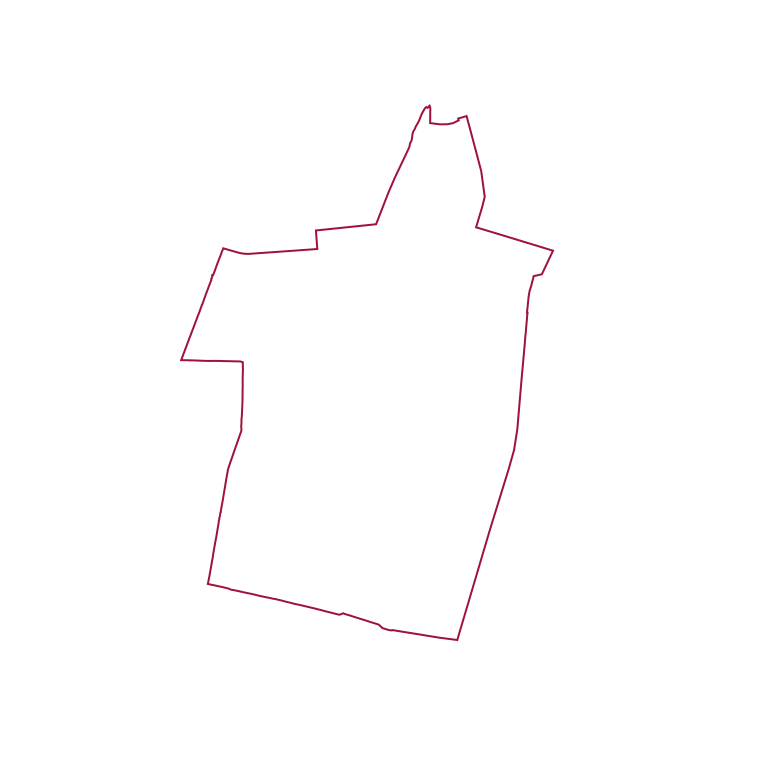 the district of Gostavatu, Olt, Romania, rotated 306°
{"feature_id": "2599482B62335692656317", "entity_name": "Gostavatu", "entity_type": "district", "adm_level": 2, "iso_a3": "ROU", "parent_name": "Romania", "parent_adm1": "Olt", "projection": "orthographic", "projection_center": [24.506, 44.061], "detail": "fine", "context": "isolated", "style": "outline", "palette": "rose", "viewbox_px": 768, "rotation_deg": 306, "n_neighbors": 0, "source": "geoboundaries", "source_scale": "gbopen_adm2", "svg_char_len": 4222}
<svg xmlns="http://www.w3.org/2000/svg" viewBox="0 0 768 768"><g transform="rotate(306 384 384)"><path d="M219.9,593.8L222.7,592.8L224.6,592.1L329.4,555.0L388.1,535.0L390.0,534.3L407.1,528.0L425.1,518.8L426.0,518.3L475.0,488.7L475.9,488.2L500.2,473.7L501.2,473.0L502.7,472.1L504.0,471.3L505.4,470.5L506.5,469.8L507.2,469.5L524.4,459.1L526.1,458.2L525.8,457.7L528.7,456.0L530.2,455.2L531.9,454.2L532.9,453.6L534.2,452.8L534.9,452.4L536.0,451.8L537.7,450.8L538.4,450.4L539.3,449.9L540.0,449.5L541.0,449.0L542.1,448.4L543.2,447.9L544.1,447.5L545.0,447.0L546.0,446.8L547.3,446.3L548.6,445.9L550.0,445.4L550.8,445.1L552.1,444.5L553.5,444.0L555.0,443.4L555.9,443.1L557.0,442.7L558.1,442.2L558.4,442.0L559.3,441.7L561.7,443.9L564.4,446.2L565.6,447.2L578.4,444.8L591.2,442.4L588.4,434.3L567.7,374.4L564.9,366.4L584.9,359.4L594.6,355.5L613.3,337.6L630.6,316.4L643.1,301.0L649.3,293.3L642.3,288.0L641.2,289.5L635.6,286.5L631.3,282.5L627.0,276.7L622.2,268.0L631.3,261.5L634.6,259.2L635.9,257.3L635.5,257.2L635.1,257.2L634.4,257.0L633.9,257.2L633.4,257.2L633.0,256.8L632.9,256.3L632.9,256.0L632.9,255.4L631.8,255.2L631.5,255.1L630.7,255.1L627.6,255.4L624.7,255.8L617.1,257.7L613.1,258.2L610.8,258.4L609.1,258.9L607.3,259.1L605.3,259.3L603.6,259.9L602.5,260.4L599.9,261.9L596.8,263.3L594.1,263.6L590.7,265.2L587.8,265.8L556.8,271.6L540.9,275.2L508.6,283.7L468.2,238.7L454.0,250.7L409.6,197.9L408.3,196.1L407.1,194.0L406.0,192.1L405.0,189.8L402.1,182.0L399.3,174.2L397.5,174.7L395.7,175.1L392.4,176.1L390.8,176.5L389.2,176.9L385.7,177.8L382.1,178.8L378.0,180.0L375.3,180.8L371.9,181.6L371.8,181.3L371.7,181.2L371.4,181.0L371.1,181.0L370.8,181.2L370.6,181.5L370.3,181.8L370.0,181.9L369.8,182.0L369.3,182.1L368.6,182.3L367.8,182.4L367.5,182.5L367.2,182.7L367.1,182.9L366.9,183.1L366.7,183.1L366.4,183.3L366.1,183.3L365.7,183.4L364.9,183.6L363.6,183.9L361.2,184.6L359.6,185.0L357.7,185.6L356.2,186.0L354.3,186.5L352.8,186.9L351.4,187.3L349.8,187.8L348.3,188.2L346.9,188.6L345.1,189.2L343.1,189.7L341.6,190.2L340.7,190.2L340.1,190.5L332.8,192.6L329.9,193.3L326.8,194.2L324.4,194.8L321.9,195.5L319.4,196.2L317.0,196.9L315.4,197.3L313.5,197.8L311.6,198.3L309.6,198.9L307.9,199.3L284.1,205.9L287.1,210.2L290.2,214.7L292.8,218.5L295.1,222.0L299.3,228.2L303.0,233.2L306.8,238.5L307.4,239.5L308.5,241.1L310.1,243.4L312.0,246.1L313.2,247.9L314.7,250.1L316.7,252.9L317.8,254.5L318.6,257.0L318.2,257.3L317.7,257.6L316.3,258.7L314.7,259.9L313.0,261.2L306.7,265.5L304.6,267.0L302.6,268.4L300.5,270.0L298.0,271.8L296.8,272.6L287.1,279.5L274.1,288.1L271.7,289.4L268.7,291.6L265.6,293.5L263.9,295.0L262.8,295.8L262.0,296.2L240.9,302.5L236.5,303.9L230.7,305.6L227.2,306.7L226.6,306.9L224.5,307.6L222.9,308.1L221.5,308.9L217.8,310.6L214.8,312.1L210.7,314.1L208.2,315.4L201.3,318.8L199.9,319.5L196.8,321.1L193.5,322.7L189.1,324.8L186.6,326.0L185.6,326.5L185.2,326.6L185.0,326.8L184.9,327.0L184.6,327.3L184.1,327.3L183.6,327.4L183.0,327.6L182.3,328.0L181.8,328.3L181.3,328.6L180.7,328.8L180.0,329.1L179.2,329.4L177.9,330.1L176.3,330.8L174.0,332.1L170.7,333.7L168.3,334.9L165.2,336.5L163.1,337.5L160.9,338.6L158.3,339.8L156.1,340.8L154.6,341.6L153.1,342.3L150.8,343.4L148.6,344.5L146.6,345.5L143.6,347.1L141.3,348.2L140.2,348.7L139.0,349.3L137.2,350.2L135.6,351.0L134.9,351.3L130.9,353.3L127.3,355.0L125.5,355.9L123.8,356.7L123.6,356.8L122.4,357.3L119.4,358.7L118.7,359.0L120.3,362.7L121.1,364.4L125.1,373.5L125.7,374.9L126.7,377.4L127.1,378.5L127.3,379.2L127.4,379.8L127.6,380.9L130.3,386.6L134.4,396.1L136.0,399.5L137.5,403.0L139.7,408.5L141.0,411.3L142.2,414.0L143.2,416.1L143.9,417.7L144.5,419.0L144.9,420.0L145.1,420.5L146.0,422.2L148.2,427.4L150.6,433.6L151.8,436.3L153.4,440.5L155.1,444.3L157.0,448.7L157.7,450.4L159.3,454.2L160.1,456.1L161.2,458.8L161.8,460.1L162.6,462.3L164.1,465.9L165.1,468.7L166.2,471.4L168.6,477.4L169.2,478.9L169.9,480.7L171.2,483.7L174.6,485.8L174.7,486.5L174.8,487.1L175.5,489.2L176.7,492.5L177.9,496.3L178.8,499.0L180.8,504.8L182.5,509.9L184.3,515.4L186.1,520.6L186.2,521.2L185.9,524.5L185.7,525.5L185.6,526.1L186.2,527.9L186.8,529.7L187.5,531.7L188.3,533.6L189.2,535.1L189.7,535.6L189.9,535.5L196.9,549.4L202.3,560.0L206.1,567.6L211.3,577.9L219.6,593.1L219.9,593.8Z" fill="none" stroke="#9f1239" stroke-width="2"/></g></svg>